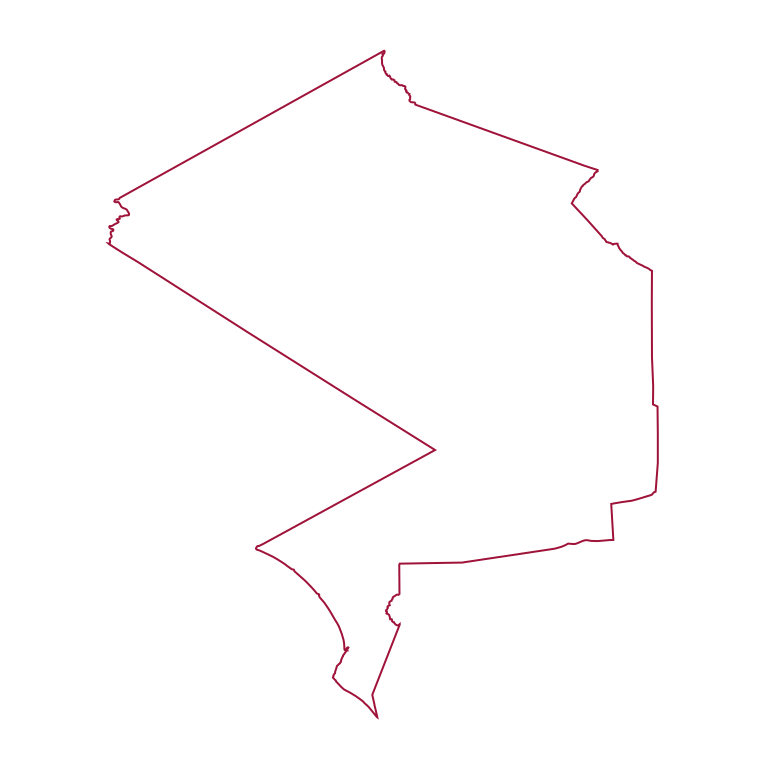 Garsen, Coast, Kenya (Equal Earth projection), rotated 89°
{"feature_id": "3690345B81879504162306", "entity_name": "Garsen", "entity_type": "district", "adm_level": 2, "iso_a3": "KEN", "parent_name": "Kenya", "parent_adm1": "Coast", "projection": "equal_earth", "projection_center": [39.873, -2.426], "detail": "fine", "context": "isolated", "style": "outline", "palette": "rose", "viewbox_px": 768, "rotation_deg": 89, "n_neighbors": 0, "source": "geoboundaries", "source_scale": "gbopen_adm2", "svg_char_len": 6062}
<svg xmlns="http://www.w3.org/2000/svg" viewBox="0 0 768 768"><g transform="rotate(89 384 384)"><path d="M173.8,166.7L169.3,179.7L105.3,347.6L105.0,347.9L103.8,347.9L103.5,348.1L103.2,348.3L102.9,349.4L102.8,351.1L102.7,352.0L102.3,352.6L101.2,353.6L100.3,353.6L99.8,353.1L99.5,352.9L98.9,352.8L97.8,352.9L97.0,352.7L96.4,353.0L95.8,353.6L95.4,353.5L94.8,353.8L94.5,353.6L94.2,354.2L93.2,355.2L93.1,355.7L92.7,356.4L92.3,356.4L91.7,356.2L91.5,356.4L91.2,357.0L90.6,357.1L90.3,356.9L90.0,357.2L89.5,357.5L89.2,357.8L87.5,357.4L87.2,357.4L86.9,357.6L86.4,358.7L86.3,359.6L86.1,360.1L85.7,360.3L85.6,360.8L85.5,361.3L85.6,361.9L85.4,363.6L84.6,364.3L84.1,364.6L83.8,365.2L83.3,365.9L83.0,365.9L82.4,366.2L82.1,367.1L82.1,367.6L82.0,367.9L81.6,367.9L81.1,368.3L80.5,368.3L80.3,368.7L79.8,369.1L79.7,369.4L79.7,369.9L79.8,370.3L79.8,370.8L79.1,371.2L79.0,371.6L78.7,371.8L77.7,372.4L76.9,372.5L75.8,373.2L76.2,374.0L76.1,374.6L75.5,375.0L74.9,375.9L74.5,375.8L74.2,375.8L73.8,376.5L73.3,376.9L72.2,377.3L72.0,377.1L71.7,377.1L70.7,378.1L70.1,378.4L67.8,378.6L66.1,379.4L64.9,380.1L62.6,380.4L59.9,380.3L58.4,380.6L57.0,380.4L56.7,380.2L56.4,379.8L55.2,379.3L54.4,379.8L54.1,379.8L53.9,379.5L53.7,378.5L53.6,378.1L53.3,378.0L52.5,377.9L51.6,377.5L51.3,377.6L50.8,378.1L193.4,645.1L194.3,645.5L194.6,645.9L194.8,646.7L194.9,649.0L195.1,649.5L195.4,649.8L196.2,650.3L196.8,650.4L197.0,650.2L197.3,649.9L197.5,649.5L197.6,648.5L197.4,647.0L197.5,646.6L197.8,646.0L198.6,645.5L200.6,644.3L201.7,643.9L202.7,643.0L202.9,642.7L203.5,641.7L204.4,639.4L205.1,638.3L205.6,637.9L207.1,637.1L208.3,636.3L209.2,636.0L210.0,635.9L210.4,636.0L210.6,636.2L210.8,636.5L211.0,640.2L211.9,642.8L211.9,643.3L211.7,644.7L211.8,645.2L212.2,645.5L212.5,645.6L214.1,645.3L214.3,645.6L214.4,645.9L214.5,647.6L214.6,648.0L214.8,648.4L215.5,648.3L215.7,648.0L216.4,647.1L217.0,646.6L217.5,646.6L217.8,646.9L218.6,648.3L219.3,650.0L221.1,653.0L221.2,653.5L221.3,655.4L221.6,655.7L221.9,655.9L222.3,655.9L222.6,655.9L223.1,655.5L223.6,654.9L223.9,654.4L224.6,652.2L225.0,651.9L225.4,651.9L226.0,652.2L226.3,652.4L226.7,653.9L226.9,654.3L227.5,654.6L229.2,654.6L231.2,653.8L231.9,653.7L232.6,654.1L233.6,655.3L234.4,655.9L234.8,655.9L236.1,655.5L236.9,655.4L238.0,655.5L238.5,655.7L238.7,655.8L238.9,656.1L238.7,657.1L239.2,656.6L241.6,653.1L248.2,643.1L257.7,628.0L329.0,520.7L397.3,416.5L450.9,334.1L541.5,507.0L543.7,511.6L543.8,512.8L544.0,513.5L545.8,514.8L546.4,514.9L546.7,514.7L547.4,514.0L547.6,513.6L548.0,512.1L548.3,511.3L549.7,508.3L554.9,497.9L557.6,493.4L560.5,489.0L563.3,485.0L563.8,484.6L567.4,479.7L567.7,479.0L568.0,477.5L568.4,477.2L569.7,476.8L578.2,467.5L579.8,465.8L585.7,460.3L589.2,457.2L591.4,455.5L592.2,454.8L592.5,454.3L592.9,453.1L593.4,452.5L593.7,452.4L594.3,452.7L594.8,452.6L596.2,452.0L601.6,447.5L606.7,444.1L610.3,441.9L618.9,437.1L622.5,434.9L625.5,433.4L628.0,432.4L633.4,430.5L639.3,428.9L642.7,428.4L648.6,428.2L649.2,427.9L649.5,427.6L649.4,427.2L647.0,425.4L646.7,425.0L646.7,424.5L647.0,424.2L649.4,425.8L649.7,425.7L649.9,425.5L650.0,426.1L650.2,426.4L651.8,427.4L654.8,429.7L655.6,429.8L656.2,430.3L659.0,431.6L660.9,431.8L661.8,432.7L662.5,432.9L662.7,433.1L663.3,434.1L664.0,434.6L664.8,435.7L665.7,436.2L667.3,436.6L670.6,437.8L672.3,438.0L672.9,438.5L673.3,439.0L673.7,439.3L674.1,439.3L674.8,439.7L675.6,439.7L676.2,440.1L676.4,440.2L676.8,440.1L678.7,438.4L679.6,437.4L680.6,437.1L681.8,436.0L686.4,431.8L687.4,430.7L688.7,429.3L689.6,427.7L692.2,423.0L695.3,418.1L699.1,412.9L701.2,410.3L702.9,408.9L703.7,408.0L705.3,406.3L707.2,404.5L716.9,396.9L717.2,396.5L709.8,398.0L705.6,399.0L704.0,399.2L695.3,401.0L694.9,401.1L694.2,401.0L624.9,372.5L624.4,372.5L625.4,373.6L625.5,373.9L625.6,374.3L625.4,375.4L624.6,376.7L623.4,377.6L622.8,378.2L622.5,378.2L622.2,378.4L622.3,378.9L621.4,380.0L619.6,380.2L619.3,380.4L619.4,381.9L619.1,382.1L618.9,381.9L618.0,382.1L617.1,382.3L615.1,382.9L614.2,383.8L614.0,384.3L613.7,385.3L613.4,385.6L613.1,385.5L612.8,385.2L612.4,385.2L612.0,385.0L611.5,385.1L611.2,385.9L610.8,386.0L610.1,385.7L609.2,384.8L608.0,384.1L607.4,384.1L607.2,384.4L606.5,384.3L606.1,383.9L605.7,383.1L605.3,382.1L604.1,382.5L603.2,382.6L602.0,382.3L601.2,381.1L600.8,380.2L600.5,380.2L599.8,379.9L599.0,379.2L598.7,379.1L598.4,379.2L597.6,379.0L597.4,378.7L596.9,378.3L596.3,377.1L595.0,375.2L594.8,374.8L595.0,373.6L595.0,373.1L594.2,372.2L565.0,371.9L563.9,371.4L563.9,308.3L563.5,306.1L563.1,303.0L551.8,217.4L551.5,215.7L550.6,212.2L549.8,209.3L548.2,205.3L546.8,202.7L547.2,198.6L547.3,197.1L547.3,195.9L547.0,194.8L546.7,193.8L544.3,187.8L543.8,185.9L543.7,184.8L543.7,183.6L544.5,179.5L544.6,177.4L544.8,173.3L544.0,161.5L543.9,157.4L507.9,158.9L507.5,156.8L506.2,148.1L505.0,138.2L503.9,133.8L499.6,118.6L499.2,118.0L497.0,116.0L496.4,114.3L467.7,111.6L439.3,111.1L411.3,110.9L409.1,115.4L390.8,114.9L361.6,115.6L306.3,114.8L275.5,114.1L275.1,115.0L274.5,115.9L273.2,117.5L272.0,119.9L271.6,121.0L271.1,122.0L270.4,123.0L267.6,128.7L266.8,129.6L266.0,130.3L265.3,131.6L264.0,133.1L263.4,134.1L262.9,134.6L262.3,135.6L262.0,135.9L261.0,136.5L260.7,137.5L260.6,138.7L260.4,139.2L260.2,139.4L259.9,139.4L259.6,139.7L259.1,140.8L258.0,141.7L257.1,143.0L256.5,143.4L255.9,143.5L254.7,144.7L252.4,146.4L250.4,147.2L248.8,148.0L248.2,148.0L247.8,148.0L247.7,149.0L248.0,151.9L248.2,152.2L248.4,152.3L248.6,152.6L248.4,153.1L247.9,153.5L247.0,155.1L246.7,156.1L246.5,157.2L246.2,157.6L246.1,158.5L245.8,159.1L245.3,159.6L244.8,159.7L244.2,160.2L243.2,160.7L242.3,161.8L241.7,162.7L240.9,163.2L240.2,163.5L224.1,177.4L206.7,193.1L201.5,190.2L200.5,188.7L197.2,187.1L196.7,186.7L196.1,186.2L195.8,185.8L195.6,185.4L195.3,185.1L194.2,184.6L193.4,184.6L192.9,184.3L191.1,183.4L190.1,182.7L189.7,182.3L189.3,181.7L188.9,181.6L188.4,181.1L187.2,179.4L185.8,178.0L185.1,176.3L184.9,175.9L184.5,175.5L183.6,175.1L182.0,173.8L181.5,173.3L181.1,172.4L180.3,171.2L179.5,170.6L179.1,170.5L177.8,170.2L177.1,169.7L176.3,168.9L175.6,168.0L175.1,166.7L174.9,166.7L174.1,166.8L173.8,166.7Z" fill="none" stroke="#9f1239" stroke-width="2"/></g></svg>